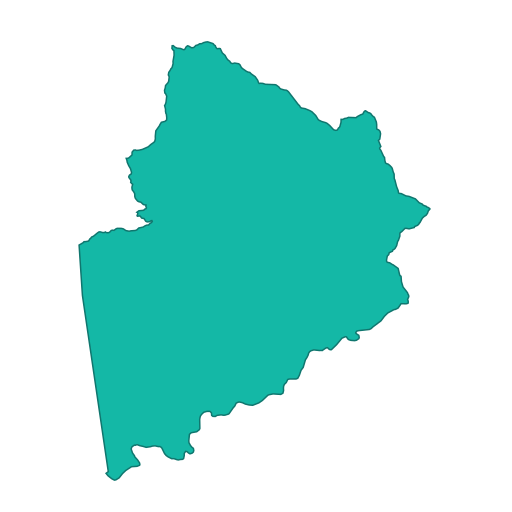 the district of Pangkhar, Shemgang, Bhutan, rotated 87°
{"feature_id": "84629894B98879002213822", "entity_name": "Pangkhar", "entity_type": "district", "adm_level": 2, "iso_a3": "BTN", "parent_name": "Bhutan", "parent_adm1": "Shemgang", "projection": "mercator", "projection_center": [90.778, 26.9], "detail": "fine", "context": "isolated", "style": "filled", "palette": "teal", "viewbox_px": 512, "rotation_deg": 87, "n_neighbors": 0, "source": "geoboundaries", "source_scale": "gbopen_adm2", "svg_char_len": 6052}
<svg xmlns="http://www.w3.org/2000/svg" viewBox="0 0 512 512"><g transform="rotate(87 256 256)"><path d="M311.2,106.7L310.3,106.4L309.0,106.4L307.2,106.9L305.2,105.8L304.2,105.5L303.0,105.7L302.4,106.1L300.5,106.7L294.8,110.7L293.8,111.0L289.2,112.1L284.1,112.2L283.5,112.5L283.2,113.2L282.0,113.6L275.9,114.7L272.0,119.5L271.6,120.4L269.8,122.8L269.2,125.0L268.7,125.6L267.9,125.9L266.6,125.8L263.7,125.1L262.8,124.8L261.6,123.4L259.7,122.8L258.4,119.5L257.1,119.0L256.7,118.0L255.8,116.8L253.0,115.0L248.9,113.8L247.9,113.0L243.7,111.3L241.2,111.2L240.3,110.8L239.3,109.2L236.2,105.8L236.3,104.2L236.9,101.7L235.8,96.4L234.9,96.1L233.8,93.0L232.3,91.4L231.4,91.1L231.3,90.6L226.9,87.9L225.4,86.1L224.2,84.0L223.6,83.5L222.3,82.5L220.0,81.6L218.3,79.9L217.8,79.9L216.6,81.4L216.2,82.6L215.4,83.2L214.0,86.4L212.8,87.3L211.4,90.2L207.3,93.8L204.5,100.0L203.8,103.2L201.3,107.6L200.9,109.9L200.3,110.4L198.2,110.6L194.0,112.0L187.4,113.3L185.9,113.9L181.4,113.8L179.2,114.6L175.9,115.3L174.7,115.8L172.7,117.5L171.1,119.3L170.6,120.8L169.8,121.8L167.5,122.3L164.2,122.5L163.3,123.3L157.0,125.8L155.4,126.9L154.3,126.7L153.2,125.6L147.0,127.7L145.8,126.3L140.5,125.2L138.2,125.6L137.5,126.0L136.5,126.9L135.5,128.8L131.0,128.6L128.5,128.8L123.6,130.5L123.0,131.5L121.3,133.0L120.1,133.7L119.1,134.9L118.7,136.3L116.7,139.0L116.8,139.6L117.5,140.5L119.9,142.0L120.3,143.7L122.1,147.6L123.1,148.8L122.4,156.4L123.1,158.2L123.3,160.4L124.1,161.9L124.0,163.9L126.9,164.1L130.9,165.4L131.8,165.9L132.6,167.0L134.2,168.0L134.6,168.7L134.7,169.9L134.2,171.4L133.7,172.1L129.5,175.6L127.3,178.0L126.5,179.4L125.1,183.4L123.9,185.6L123.1,186.7L118.8,189.0L114.9,192.6L113.6,194.7L111.4,199.3L110.6,202.9L109.6,204.0L108.1,204.7L106.9,205.9L93.8,214.9L92.6,216.1L92.0,217.1L91.7,219.0L90.5,222.5L89.6,223.6L88.4,224.3L86.2,227.0L85.9,228.1L85.0,237.7L84.0,240.1L83.7,242.6L83.9,243.8L83.1,244.4L80.7,245.1L76.9,247.4L73.9,251.2L72.3,252.6L71.9,254.4L71.0,256.0L68.0,259.8L66.7,260.9L64.2,262.0L63.1,263.2L62.2,267.2L62.6,269.2L62.4,270.2L61.7,271.2L60.2,272.0L58.6,273.9L57.0,275.0L54.0,276.4L51.5,279.0L47.1,280.8L46.8,281.9L47.0,283.6L46.8,284.2L45.4,285.2L43.9,285.6L42.7,287.1L42.0,287.4L41.5,288.1L39.6,293.0L39.7,294.9L40.2,297.3L41.1,299.1L41.1,301.1L42.3,303.4L42.5,304.9L44.4,307.1L44.7,308.1L44.6,309.6L42.8,312.3L42.5,313.4L43.5,314.8L45.7,316.2L46.2,316.9L46.1,317.8L44.8,320.5L44.3,323.9L43.2,326.0L41.6,327.6L41.6,328.7L44.3,329.1L46.2,327.9L46.6,327.2L51.2,327.3L57.3,328.7L59.5,328.7L63.5,330.0L64.6,331.2L66.1,332.0L68.0,333.5L70.6,334.1L72.5,333.3L77.0,334.1L78.3,334.8L81.0,337.4L83.6,337.9L85.7,338.7L88.5,338.5L88.9,337.9L91.7,336.8L97.7,337.8L99.9,338.6L100.9,339.4L104.5,338.7L106.9,338.8L109.0,338.5L109.7,338.1L113.4,337.9L115.6,338.2L116.8,339.9L117.5,343.5L119.8,345.1L120.7,345.5L125.8,349.5L131.1,350.3L133.9,350.4L136.1,351.1L137.1,352.0L139.0,355.0L141.4,358.1L143.6,363.9L144.2,367.2L144.3,369.8L143.8,370.9L143.9,372.6L145.8,374.3L148.5,374.5L149.0,375.0L151.3,377.8L151.7,378.6L151.7,380.5L153.7,379.9L155.6,379.7L159.1,378.4L162.2,376.8L166.0,375.9L167.5,376.3L168.6,378.1L170.0,378.9L171.0,378.8L173.7,377.0L175.0,377.0L175.9,377.3L177.2,376.3L177.9,375.4L180.7,376.3L182.4,376.3L183.6,376.1L185.4,374.8L187.4,373.9L190.5,373.9L192.2,373.4L194.9,371.4L195.7,370.1L196.2,368.2L198.5,366.0L198.9,365.3L199.4,363.1L200.5,363.4L202.2,362.9L203.0,363.4L203.4,364.7L204.0,365.2L204.5,366.1L204.7,370.6L206.1,372.7L206.6,371.9L207.5,371.8L209.6,372.7L210.1,372.2L209.9,370.7L210.1,369.6L212.2,368.1L212.7,365.9L215.5,364.3L216.2,363.1L216.3,362.5L216.1,360.3L215.2,358.9L215.2,358.1L216.2,357.8L217.3,358.9L218.3,360.6L219.4,361.6L219.5,363.7L220.0,365.1L221.2,367.2L221.9,371.6L223.8,373.8L224.2,375.3L224.3,379.5L224.6,381.4L223.8,384.6L222.0,387.0L221.4,388.8L221.1,393.1L221.5,394.3L223.0,396.5L222.7,397.7L222.9,399.2L224.6,401.0L224.9,401.7L225.0,402.8L224.8,404.3L224.1,405.2L224.6,406.0L224.6,407.8L223.8,410.1L223.7,411.5L224.6,413.0L227.9,417.5L228.2,418.7L229.0,419.7L229.7,420.1L230.2,421.0L232.3,422.4L232.7,425.1L232.7,427.0L233.7,428.0L235.8,432.1L286.3,431.4L463.6,414.8L465.2,417.1L467.7,415.3L470.9,411.7L472.4,409.1L472.2,407.6L470.4,404.3L466.3,400.7L463.3,397.2L460.4,392.2L459.9,391.4L459.8,385.8L458.9,383.2L458.2,382.9L456.6,383.1L453.5,384.9L450.0,387.7L449.1,387.8L446.3,389.6L442.1,390.8L440.0,389.8L438.5,387.3L438.7,386.4L438.3,385.4L438.3,384.2L439.3,382.1L440.2,378.8L441.3,375.7L440.9,371.3L440.4,369.4L440.3,366.7L441.2,363.6L441.3,361.8L442.0,360.8L443.0,360.0L448.9,357.5L449.3,356.9L450.4,356.3L452.0,354.3L454.0,350.8L454.1,348.5L455.3,345.5L455.6,344.0L455.3,342.7L455.2,339.9L454.5,338.9L451.5,338.1L449.4,338.0L447.4,336.5L447.8,335.0L449.1,333.8L450.1,332.3L449.6,330.2L448.5,328.8L446.9,328.3L444.8,328.6L443.4,330.2L441.7,331.4L439.0,332.7L437.1,332.8L430.6,331.8L429.1,329.9L428.4,324.4L426.5,321.7L425.3,321.1L416.3,320.8L414.4,320.4L412.6,319.7L411.1,318.4L409.3,316.3L408.6,313.2L408.7,310.7L409.0,309.8L410.4,308.7L412.9,308.6L413.9,307.4L414.1,305.0L413.1,303.2L412.8,299.1L413.3,296.9L413.3,295.3L412.4,291.7L412.0,291.1L406.5,286.8L404.8,285.1L401.9,283.5L401.1,281.5L400.9,280.5L401.3,278.8L401.8,277.2L403.3,274.4L404.4,270.7L404.9,267.1L402.8,260.8L400.6,257.2L395.8,251.6L395.3,250.6L394.6,246.2L395.5,238.5L394.4,236.3L391.8,235.5L389.3,235.5L387.4,235.2L385.7,234.4L383.9,232.4L381.2,230.9L380.8,230.4L380.6,228.8L380.9,222.4L380.3,220.7L377.5,219.0L372.5,217.0L369.7,214.7L362.3,212.1L359.8,210.3L357.4,209.0L355.9,208.6L354.5,207.6L353.6,206.3L352.8,203.2L353.7,197.6L353.7,195.6L353.9,194.9L351.7,191.3L351.3,190.0L351.3,189.4L353.1,187.7L353.5,186.6L353.5,185.6L348.8,180.2L342.6,174.5L341.3,171.1L341.5,169.9L343.7,168.6L344.5,167.6L345.2,165.7L345.7,162.0L345.4,160.1L343.9,157.6L342.7,157.2L340.6,157.5L339.0,159.7L338.1,160.4L337.6,160.4L336.2,159.1L335.9,157.3L335.3,146.6L334.5,144.8L332.8,142.8L327.3,134.6L322.9,130.9L319.8,127.4L316.8,121.1L316.6,119.5L315.4,116.8L311.2,113.6L311.6,108.6L311.2,106.7Z" fill="#14b8a6" stroke="#0f766e" stroke-width="1.5"/></g></svg>